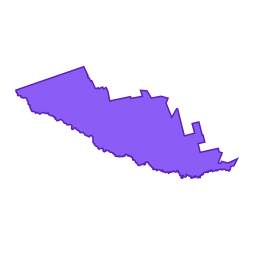 Quebrachos, Santiago del Estero, Argentina (Mercator projection), rotated 155°
{"feature_id": "61730980B41889863901757", "entity_name": "Quebrachos", "entity_type": "district", "adm_level": 2, "iso_a3": "ARG", "parent_name": "Argentina", "parent_adm1": "Santiago del Estero", "projection": "mercator", "projection_center": [-63.316, -29.355], "detail": "fine", "context": "isolated", "style": "filled", "palette": "violet", "viewbox_px": 256, "rotation_deg": 155, "n_neighbors": 0, "source": "geoboundaries", "source_scale": "gbopen_adm2", "svg_char_len": 5779}
<svg xmlns="http://www.w3.org/2000/svg" viewBox="0 0 256 256"><g transform="rotate(155 128 128)"><path d="M142.2,202.3L213.6,209.7L213.6,208.8L214.1,208.1L214.1,207.5L213.7,206.9L213.9,206.5L213.6,205.6L213.9,204.9L213.9,204.3L214.2,204.1L214.0,203.7L213.8,203.6L213.1,203.6L211.8,202.6L211.6,202.3L212.0,201.7L211.9,201.0L211.6,200.5L211.0,200.5L209.9,199.1L208.5,199.1L207.4,197.8L207.5,196.3L207.8,196.0L207.8,195.6L207.7,194.8L207.5,194.5L207.4,193.6L208.2,192.6L208.4,191.7L208.3,191.1L207.4,190.7L207.5,190.1L207.4,189.6L207.9,189.1L208.2,188.0L208.0,187.6L208.2,186.9L208.1,186.3L208.3,185.9L208.0,185.4L207.9,184.7L208.2,184.3L208.0,183.5L206.6,183.0L206.3,182.3L205.6,182.0L205.3,181.2L205.5,180.9L205.4,180.5L205.2,180.7L204.6,180.5L203.3,179.7L202.9,179.9L202.7,178.9L202.3,178.1L202.0,177.8L198.6,178.2L198.1,177.4L197.2,176.7L197.0,176.4L195.8,175.6L194.4,175.5L194.0,175.2L194.2,174.9L194.5,174.7L194.0,173.3L193.0,172.4L192.8,171.9L192.5,171.5L191.7,171.5L191.0,171.2L191.0,170.0L190.5,169.3L190.1,169.1L189.8,168.6L189.4,168.4L189.4,168.0L189.9,167.9L189.7,167.6L190.2,167.0L189.4,165.8L189.5,165.0L189.4,164.7L188.5,164.2L186.7,164.2L186.2,164.4L185.2,163.9L184.3,162.8L184.0,162.2L184.0,161.2L183.8,160.5L184.0,160.1L183.9,159.8L183.3,159.0L182.5,158.7L182.3,158.4L182.1,157.0L181.3,156.2L180.7,155.9L179.2,155.8L178.5,155.2L177.9,154.2L177.9,153.6L178.7,152.7L179.3,151.7L179.4,150.8L179.1,150.3L178.5,150.0L178.2,150.2L177.2,150.3L176.5,150.9L175.5,150.1L175.4,148.9L175.1,148.8L175.1,148.4L174.9,148.1L174.5,146.9L174.3,146.7L174.1,146.8L173.5,146.0L173.5,144.7L173.3,143.9L170.9,143.2L171.0,143.1L170.0,141.4L170.0,140.6L169.9,140.4L170.0,139.9L169.6,139.7L169.0,139.1L168.9,138.5L167.9,137.8L167.6,137.1L167.2,136.9L167.0,136.4L166.0,136.6L165.6,137.0L164.2,136.8L164.1,136.0L163.8,135.4L164.0,133.7L164.2,132.9L164.7,132.3L164.6,131.8L165.7,130.5L165.5,129.8L165.7,129.1L165.2,128.5L165.0,127.8L165.1,127.6L165.4,127.4L165.5,127.1L165.3,126.6L164.7,125.1L163.5,123.7L163.5,123.2L163.7,122.8L163.7,122.2L163.5,121.9L163.4,121.2L162.6,120.9L162.0,121.1L161.1,120.9L160.6,120.5L159.6,120.3L159.4,120.0L159.2,119.6L159.5,118.9L160.1,118.4L160.2,118.0L160.2,117.7L159.9,117.1L159.6,116.8L159.6,116.5L158.0,116.5L157.7,116.8L157.9,117.3L157.6,117.3L156.7,116.4L156.1,116.4L156.0,116.2L155.4,115.8L155.2,115.2L154.6,114.6L154.5,113.6L153.6,113.2L152.6,112.2L152.4,111.5L152.1,111.5L151.9,111.2L152.0,111.0L151.9,110.7L152.0,110.6L151.7,110.1L151.7,109.6L151.3,109.5L151.0,109.2L151.3,107.7L150.9,107.3L150.1,107.0L149.2,107.0L149.1,106.8L149.2,106.4L149.0,106.2L148.2,106.2L148.2,105.8L147.7,105.5L147.4,105.4L147.1,105.6L146.8,105.3L145.8,105.1L145.7,104.6L145.2,104.3L144.7,104.5L144.4,104.4L144.2,104.2L142.9,103.9L142.2,104.2L142.2,104.7L141.6,104.7L141.6,105.2L140.8,105.1L140.6,104.9L140.4,104.2L140.0,103.7L139.9,102.9L139.4,103.1L138.8,102.6L138.9,102.1L138.3,102.1L138.3,101.7L138.1,101.6L137.9,101.2L137.3,101.0L137.4,100.4L137.0,99.7L136.4,99.5L136.5,99.0L136.4,98.6L137.1,98.0L137.0,97.6L137.2,97.0L137.0,96.8L136.6,97.1L136.5,96.8L136.1,96.7L135.5,95.7L135.4,95.1L135.7,94.4L135.6,93.6L135.3,93.5L135.3,93.0L135.0,92.6L134.8,91.6L134.4,91.0L134.8,90.7L134.5,89.9L134.2,89.6L133.4,89.1L131.1,89.2L130.5,88.9L130.1,89.2L129.3,89.1L129.0,89.0L128.9,88.6L128.9,87.8L128.3,88.0L128.0,87.7L127.8,87.7L127.6,88.2L127.3,88.4L127.5,88.8L127.1,89.4L126.5,89.1L126.0,89.4L125.0,89.1L124.9,88.3L124.2,87.9L124.0,87.5L124.4,86.3L123.8,85.3L123.7,84.7L123.8,84.5L123.3,84.1L123.1,83.9L123.3,83.3L122.8,82.4L122.9,82.0L122.3,81.5L122.3,80.8L122.4,80.5L122.8,80.3L122.8,79.8L121.8,79.3L121.2,79.4L120.9,78.9L120.3,78.5L119.5,78.3L119.6,78.0L120.0,77.6L119.9,77.3L118.2,77.3L116.8,76.8L116.7,75.8L115.7,74.6L115.4,74.6L115.1,75.4L114.6,75.4L114.4,75.3L114.5,74.6L114.9,73.6L114.5,73.3L113.5,73.0L113.3,72.8L113.2,72.1L113.0,71.7L111.4,71.7L110.7,71.5L110.6,71.3L110.6,70.2L110.4,69.7L109.9,69.7L109.2,70.6L108.7,70.7L108.3,70.0L107.7,69.7L105.7,69.5L105.2,69.8L104.9,69.8L104.5,69.5L104.4,68.6L103.6,68.0L102.2,67.7L101.6,68.7L100.9,68.6L100.7,68.3L100.7,68.0L101.2,66.6L101.2,66.0L100.5,65.1L100.6,64.6L101.1,63.2L100.9,62.7L100.4,62.3L100.3,61.8L100.3,61.5L100.8,60.9L100.9,60.5L100.9,60.2L100.6,60.1L100.1,59.5L99.9,59.5L99.1,59.8L99.1,60.4L99.4,61.0L99.5,61.5L98.8,62.0L98.1,61.9L97.8,60.4L97.1,59.5L96.5,59.3L95.7,59.4L95.4,59.8L95.1,61.1L94.5,61.1L94.2,60.8L94.2,60.4L93.7,60.0L93.3,59.4L93.1,58.5L91.9,58.3L91.4,57.6L91.5,57.1L92.1,56.6L92.1,56.1L91.9,55.8L91.1,55.8L90.5,55.3L90.2,55.3L89.6,56.1L88.9,56.4L88.5,56.1L88.4,54.9L88.1,54.8L87.9,55.0L87.7,55.8L87.5,56.0L87.2,56.0L86.2,55.3L86.0,54.9L86.3,54.3L86.2,53.8L85.5,53.1L85.0,53.2L84.7,53.7L84.6,53.9L84.0,53.9L83.7,52.6L83.3,52.5L83.1,52.8L82.8,53.9L82.5,54.3L81.0,54.1L80.8,54.7L80.5,54.7L80.2,54.2L79.5,54.1L78.9,55.0L78.4,55.4L76.9,55.2L76.2,54.8L75.4,55.3L74.9,55.2L74.7,54.9L74.7,54.2L74.2,53.9L73.9,54.0L73.7,54.5L73.1,54.7L72.5,54.6L71.8,54.0L71.4,53.9L71.2,54.7L70.9,55.0L70.6,54.9L69.8,53.7L69.7,52.8L68.2,52.9L67.5,52.4L67.1,52.3L66.1,52.8L65.7,52.7L65.6,51.7L65.4,51.6L63.6,51.8L61.6,51.5L61.2,51.4L60.3,50.2L58.9,50.2L57.8,49.8L57.5,49.5L57.0,48.1L55.5,47.8L54.8,46.3L54.0,46.4L53.0,47.2L52.2,48.3L51.1,49.5L50.1,49.6L48.3,49.1L47.8,49.1L41.8,53.9L52.3,54.0L57.3,58.3L59.1,56.7L60.9,58.3L53.2,65.6L55.5,67.9L54.8,71.4L72.9,75.4L71.1,84.2L64.3,82.8L63.0,89.8L63.8,89.9L61.2,103.5L68.0,104.9L69.8,95.1L80.3,97.1L75.0,124.3L75.7,124.9L83.9,119.2L83.0,134.5L79.1,138.1L84.7,142.8L94.2,145.2L95.1,153.6L100.7,156.9L101.6,150.6L112.7,153.6L112.5,155.4L133.1,160.2L130.8,169.3L130.7,173.9L133.6,173.8L133.7,175.9L138.1,175.9L137.9,176.9L140.9,177.6L140.9,186.3L142.1,186.3L142.1,190.5L142.8,190.5L142.8,192.6L142.1,192.6L142.2,202.3Z" fill="#8b5cf6" stroke="#5b21b6" stroke-width="1.5"/></g></svg>